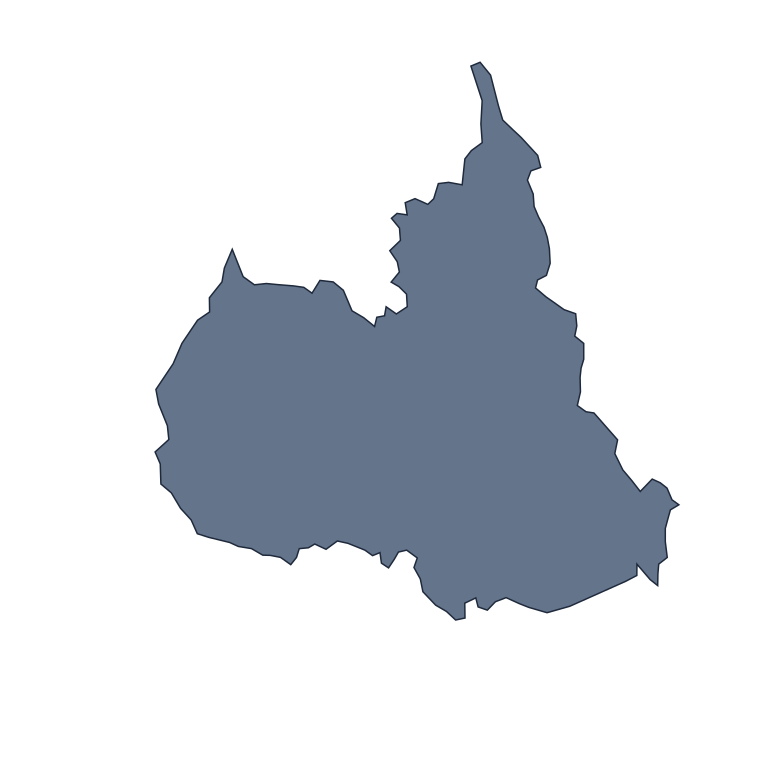 the district of Santa Cecília do Sul, Rio Grande do Sul, Brazil, rotated 162°
{"feature_id": "56859067B17370166314486", "entity_name": "Santa Cecília do Sul", "entity_type": "district", "adm_level": 2, "iso_a3": "BRA", "parent_name": "Brazil", "parent_adm1": "Rio Grande do Sul", "projection": "equal_earth", "projection_center": [-51.909, -28.193], "detail": "fine", "context": "isolated", "style": "filled", "palette": "slate", "viewbox_px": 768, "rotation_deg": 162, "n_neighbors": 0, "source": "geoboundaries", "source_scale": "gbopen_adm2", "svg_char_len": 2103}
<svg xmlns="http://www.w3.org/2000/svg" viewBox="0 0 768 768"><g transform="rotate(162 384 384)"><path d="M193.2,660.3L203.1,659.5L203.1,623.1L211.5,601.3L216.0,583.2L228.8,579.0L237.5,573.1L248.1,549.3L260.2,555.8L270.4,557.8L279.5,544.8L286.8,541.3L297.2,550.7L307.8,549.9L309.7,537.7L318.9,542.2L325.7,539.3L321.1,527.5L324.0,515.5L337.3,509.0L333.6,496.2L334.8,485.7L345.7,478.7L339.7,472.0L334.8,462.5L338.0,450.3L350.6,446.8L358.1,456.8L362.4,448.7L370.2,449.7L375.2,441.6L382.8,453.3L391.8,463.5L393.7,485.7L400.8,496.8L412.9,502.3L424.4,492.6L430.4,500.7L439.6,505.2L454.2,511.3L464.8,515.9L476.6,518.4L484.8,529.6L486.7,559.0L500.0,543.6L506.5,531.2L523.4,520.0L527.6,506.4L541.6,502.3L563.5,485.2L578.3,468.4L602.6,449.3L604.5,434.6L602.9,411.3L605.8,397.7L622.7,390.1L621.5,377.1L627.1,357.8L619.9,346.2L615.9,328.6L609.4,314.3L607.8,299.3L597.9,292.2L579.8,281.0L572.7,274.5L560.9,268.4L552.2,258.7L545.2,256.2L536.0,251.1L528.5,241.0L520.8,246.1L515.5,253.6L506.5,251.6L499.3,253.2L490.2,244.7L476.9,249.1L467.5,243.6L459.7,237.1L453.5,231.9L447.9,224.3L439.9,224.9L441.8,214.4L436.5,207.7L428.3,214.2L422.2,219.7L413.8,219.0L406.1,208.3L412.2,200.2L409.7,187.4L411.2,174.4L403.2,157.7L394.9,148.4L388.8,137.4L379.3,136.4L374.9,150.6L362.8,152.2L363.4,142.9L355.6,137.0L345.3,142.5L333.9,143.1L323.4,133.5L315.3,126.8L299.6,116.1L276.0,115.2L214.8,121.7L202.7,123.8L199.1,134.5L191.3,115.7L186.0,107.7L182.2,118.7L178.4,127.8L168.2,131.5L165.2,147.1L161.1,159.7L155.1,168.9L150.5,175.8L140.9,178.0L145.9,184.9L147.0,197.5L151.7,204.6L158.3,210.7L173.5,202.6L178.1,215.4L183.4,228.4L186.0,246.5L179.1,258.7L193.3,291.6L200.5,295.2L206.8,303.8L199.6,315.8L195.5,329.6L191.7,338.1L186.4,345.8L181.5,360.9L187.8,370.6L182.7,379.6L180.0,391.6L189.8,399.1L195.5,406.8L203.0,416.8L210.2,428.5L205.8,435.5L196.0,437.1L188.7,447.4L184.9,461.5L183.4,472.9L183.4,483.6L185.4,495.2L186.4,506.4L183.4,518.6L184.6,533.6L178.4,541.3L168.0,541.6L167.2,553.9L172.8,566.1L177.4,576.1L182.7,585.7L189.5,598.3L189.2,612.9L187.2,644.8L193.2,660.3Z" fill="#64748b" stroke="#1e293b" stroke-width="1.5"/></g></svg>